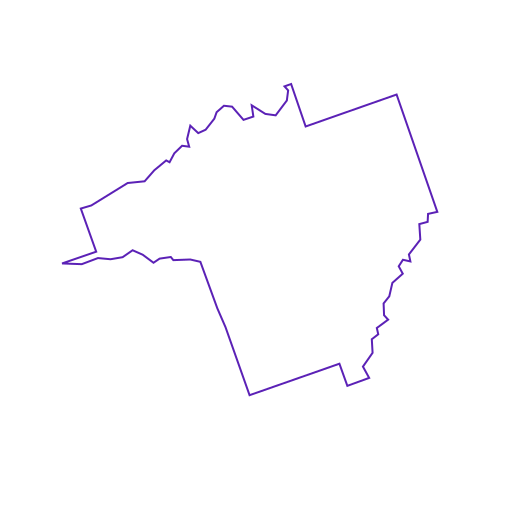 the district of Dallas, Alabama, United States of America, rotated 251°
{"feature_id": "52423323B88662766732523", "entity_name": "Dallas", "entity_type": "district", "adm_level": 2, "iso_a3": "USA", "parent_name": "United States of America", "parent_adm1": "Alabama", "projection": "robinson", "projection_center": [-87.077, 32.389], "detail": "fine", "context": "isolated", "style": "outline", "palette": "violet", "viewbox_px": 512, "rotation_deg": 251, "n_neighbors": 0, "source": "geoboundaries", "source_scale": "gbopen_adm2", "svg_char_len": 1004}
<svg xmlns="http://www.w3.org/2000/svg" viewBox="0 0 512 512"><g transform="rotate(251 256 256)"><path d="M103.5,300.1L103.9,323.3L116.6,321.1L126.5,334.7L139.6,338.4L142.2,346.1L148.6,346.8L152.8,360.2L158.3,357.8L169.6,361.2L174.5,368.9L186.2,376.2L191.5,389.0L199.8,387.6L204.6,393.7L200.6,400.2L207.7,401.1L218.0,416.7L233.0,420.8L232.4,429.4L239.8,432.4L238.7,441.8L362.9,441.5L362.3,345.1L407.2,345.2L407.1,338.2L402.1,340.3L393.0,335.8L382.6,320.4L387.3,311.1L399.9,301.0L388.7,298.9L388.8,288.5L405.0,282.0L408.5,274.6L404.8,265.6L399.4,261.3L391.8,249.5L391.0,241.4L400.6,236.3L389.0,228.9L381.1,228.4L384.3,222.0L379.7,212.2L372.8,204.8L375.6,202.2L370.2,187.8L362.9,175.0L366.8,158.4L357.4,116.7L357.9,105.8L312.1,106.3L312.1,70.2L305.0,88.6L305.5,105.9L300.3,117.4L298.3,129.5L301.6,141.2L294.1,149.3L283.0,156.9L284.9,164.0L282.8,175.1L279.0,176.5L274.1,192.7L268.6,201.5L219.1,202.4L198.6,204.0L126.5,204.6L127.0,299.8L103.5,300.1Z" fill="none" stroke="#5b21b6" stroke-width="2"/></g></svg>